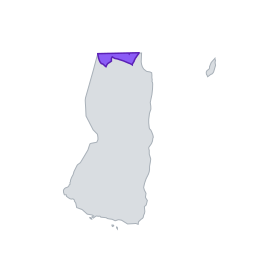 Shahin, Al Mahrah, Yemen shown in context, rotated 293°
{"feature_id": "15242507B71328549079212", "entity_name": "Shahin", "entity_type": "district", "adm_level": 2, "iso_a3": "YEM", "parent_name": "Yemen", "parent_adm1": "Al Mahrah", "projection": "orthographic", "projection_center": [52.4, 17.895], "detail": "fine", "context": "in_parent", "style": "filled", "palette": "violet", "viewbox_px": 256, "rotation_deg": 293, "n_neighbors": 0, "source": "geoboundaries", "source_scale": "gbopen_adm2", "svg_char_len": 4214}
<svg xmlns="http://www.w3.org/2000/svg" viewBox="0 0 256 256"><g transform="rotate(293 128 128)"><path d="M202.3,111.2L194.0,114.3L191.9,115.6L189.9,117.3L188.4,119.4L187.4,123.0L188.2,126.4L188.1,128.2L185.9,129.4L183.9,130.2L181.7,131.5L180.4,131.8L179.3,132.9L178.0,133.6L173.3,135.4L168.3,136.9L160.2,138.5L157.1,140.4L154.3,141.7L150.0,142.0L144.0,143.7L140.7,145.1L136.6,147.4L135.7,148.1L135.0,149.8L133.7,151.3L131.2,153.7L129.4,154.9L128.1,154.9L125.7,155.6L122.9,155.7L118.2,154.7L116.9,155.3L115.9,156.2L112.2,157.8L108.4,161.0L105.7,161.8L101.2,162.8L98.1,164.1L96.0,164.6L93.4,164.8L88.4,164.5L83.8,164.8L79.4,165.6L77.3,167.3L74.9,170.1L71.1,171.1L70.2,172.1L68.9,174.1L66.5,174.5L64.2,174.8L62.0,173.8L57.7,176.1L56.0,176.5L53.6,176.5L51.8,176.9L50.6,176.7L49.0,175.7L45.8,174.3L43.3,175.0L43.2,172.6L39.5,165.1L40.5,158.8L40.6,157.9L39.9,155.1L37.6,152.4L37.8,149.1L37.1,146.7L36.6,144.3L36.8,143.6L36.9,143.0L35.8,139.3L35.5,138.5L35.3,137.7L35.8,137.1L35.8,136.4L35.2,135.3L34.6,133.1L31.5,131.2L32.2,129.6L32.8,130.2L33.6,130.8L33.8,129.7L33.9,129.0L32.8,124.1L35.0,117.7L34.7,111.9L37.8,109.7L38.6,109.1L39.0,108.5L39.8,107.2L40.8,106.8L41.2,105.4L41.2,104.7L40.6,104.1L40.2,102.5L40.5,100.4L40.7,99.6L41.1,98.0L42.2,97.5L42.4,97.0L41.7,96.0L41.8,95.4L43.6,93.8L44.4,93.4L45.5,92.9L46.4,93.0L47.5,93.3L48.4,93.8L49.2,94.7L50.2,95.7L51.6,96.2L52.6,96.1L53.4,96.6L54.1,96.4L54.9,95.9L56.2,96.0L57.3,95.5L60.5,95.4L63.6,95.7L66.9,95.3L70.1,95.5L73.3,95.7L74.1,95.8L74.8,96.1L77.5,97.7L79.5,98.0L83.7,98.6L88.2,99.2L92.0,99.7L95.3,99.4L98.1,99.2L98.8,99.3L99.6,100.2L101.2,102.6L102.7,104.8L105.4,104.9L107.2,104.2L109.1,103.1L110.3,102.3L111.8,98.8L112.7,96.6L114.8,94.1L116.5,92.0L118.8,89.3L120.1,87.7L122.6,84.7L124.9,83.6L129.5,81.4L133.9,79.2L136.8,77.8L139.2,77.1L143.3,76.6L148.1,76.0L152.9,75.4L158.1,74.7L163.8,74.0L167.7,73.5L172.6,72.8L176.8,72.2L180.5,71.7L184.3,71.2L185.0,72.9L185.7,74.6L186.4,76.3L187.1,78.0L187.8,79.7L188.5,81.4L189.3,83.1L190.0,84.8L190.7,86.5L191.4,88.2L192.1,89.9L192.8,91.6L193.6,93.3L194.3,95.0L195.0,96.8L195.7,98.5L196.4,100.1L197.6,100.7L198.3,102.2L199.3,104.5L200.3,106.7L201.3,109.0L202.3,111.2ZM213.8,179.5L214.8,179.7L216.3,179.1L220.8,179.0L226.2,180.8L225.2,181.3L224.6,182.0L222.2,182.6L219.9,184.1L213.1,184.9L211.0,184.5L209.4,183.1L206.3,181.3L207.5,180.1L207.8,179.6L208.2,179.1L210.0,178.2L211.7,178.3L213.8,179.5ZM32.7,152.8L32.4,153.1L32.1,153.0L31.2,152.1L32.3,151.1L32.9,152.1L32.7,152.8ZM30.4,129.9L29.9,130.3L29.8,129.6L30.2,128.2L30.7,127.8L31.0,128.9L30.8,129.5L30.4,129.9ZM32.0,157.3L30.9,157.8L31.7,156.4L32.4,156.2L32.6,156.3L32.0,157.3Z" fill="#d9dde1" stroke="#a8b0b8" stroke-width="1"/><path d="M175.8,83.8L177.3,83.8L178.4,83.9L179.6,84.3L181.3,85.5L183.1,86.6L185.3,85.6L186.4,85.6L187.3,85.7L186.9,88.4L186.9,88.7L186.9,88.8L187.3,90.4L187.5,91.5L187.6,93.5L187.7,94.2L188.0,97.4L188.0,100.2L188.0,102.2L188.0,102.6L188.0,103.1L188.1,104.4L188.0,105.9L187.8,107.2L188.0,107.1L188.3,107.0L188.5,107.1L188.8,107.1L189.0,107.1L189.3,107.1L189.5,107.1L189.8,107.2L190.0,107.3L190.3,107.3L190.5,107.3L190.8,107.4L191.0,107.4L191.3,107.4L191.5,107.4L191.6,107.5L191.8,107.4L192.0,107.4L192.3,107.4L192.5,107.4L192.8,107.4L193.0,107.4L193.3,107.4L193.5,107.4L193.6,107.5L193.8,107.5L194.0,107.5L194.3,107.5L194.5,107.5L194.8,107.5L195.0,107.5L195.3,107.6L195.5,107.6L195.8,107.7L196.0,107.8L196.3,107.8L196.5,107.9L196.8,107.9L197.0,107.9L197.3,108.0L197.5,108.0L197.8,108.1L198.0,108.2L198.3,108.2L198.5,108.2L198.6,108.3L198.8,108.3L199.0,108.3L199.3,108.4L199.4,108.5L199.5,108.5L199.8,108.6L200.0,108.6L200.3,108.7L200.5,108.7L200.6,108.8L200.8,108.8L201.0,108.8L201.3,108.8L201.5,108.8L201.5,108.6L197.8,100.4L196.7,100.2L196.8,100.1L197.3,99.3L189.4,81.8L189.3,81.5L184.6,71.1L184.3,71.2L184.1,71.4L183.5,71.8L183.4,71.8L182.4,72.5L181.4,73.2L180.9,73.5L180.1,74.2L179.5,74.8L179.0,75.2L178.4,75.9L178.1,76.2L177.7,76.8L177.6,77.0L177.4,77.3L177.1,77.8L177.0,78.0L176.9,78.3L176.9,78.5L176.9,78.8L177.0,78.9L177.0,79.0L177.0,79.3L177.0,79.5L177.0,79.8L177.0,80.0L176.9,80.4L176.9,80.6L176.8,80.8L176.7,81.0L176.4,81.8L176.2,82.2L176.2,82.5L175.8,83.5L175.8,83.8Z" fill="#8b5cf6" stroke="#5b21b6" stroke-width="1.5"/></g></svg>